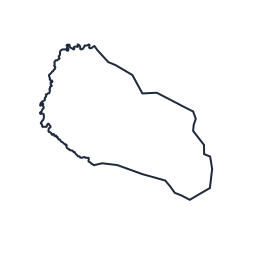 the district of Mogod, Bulgan, Mongolia, rotated 310°
{"feature_id": "93677404B32006231606780", "entity_name": "Mogod", "entity_type": "district", "adm_level": 2, "iso_a3": "MNG", "parent_name": "Mongolia", "parent_adm1": "Bulgan", "projection": "albers", "projection_center": [102.81, 48.255], "detail": "fine", "context": "isolated", "style": "outline", "palette": "slate", "viewbox_px": 256, "rotation_deg": 310, "n_neighbors": 0, "source": "geoboundaries", "source_scale": "gbopen_adm2", "svg_char_len": 5261}
<svg xmlns="http://www.w3.org/2000/svg" viewBox="0 0 256 256"><g transform="rotate(310 128 128)"><path d="M182.5,167.3L179.5,154.5L178.7,150.5L173.5,127.4L163.7,116.8L171.4,97.3L168.2,78.2L165.8,70.5L168.0,54.3L169.2,49.7L168.0,49.0L167.4,48.9L166.8,49.0L166.2,48.8L165.4,48.3L164.8,47.8L164.6,47.5L164.6,47.2L164.6,46.7L164.8,46.4L165.9,45.7L166.5,45.5L166.7,45.3L166.9,45.0L166.9,44.9L166.9,44.6L166.7,44.3L166.1,44.1L164.7,43.4L164.1,42.8L163.8,42.5L163.5,41.9L163.4,41.8L162.8,41.9L162.0,42.3L159.8,42.5L159.5,42.4L158.8,42.1L157.9,41.3L157.8,40.9L157.9,40.7L158.0,40.5L158.5,40.1L159.3,39.3L159.5,39.0L160.0,38.0L160.1,37.5L160.0,37.1L159.9,36.2L159.8,35.9L159.7,35.8L158.3,37.1L158.0,37.2L157.7,37.2L157.4,36.9L157.3,36.2L157.0,35.8L156.2,35.0L155.6,34.7L155.0,34.7L154.7,34.8L154.5,35.1L154.3,35.8L154.0,36.0L153.6,36.1L153.3,35.9L153.1,35.4L153.2,34.4L153.1,34.1L152.8,33.2L152.7,32.8L152.6,32.2L152.7,31.7L152.8,31.4L153.0,31.1L153.8,30.2L154.0,29.8L154.0,29.5L154.0,29.3L153.7,29.0L152.6,27.9L152.2,27.8L151.9,27.8L151.8,28.1L152.3,28.8L152.3,29.0L152.2,29.5L152.1,29.8L151.8,29.9L151.4,29.8L150.8,29.5L150.3,29.6L150.2,29.7L150.2,29.8L150.3,30.9L150.3,31.4L150.2,31.7L149.8,31.9L149.4,32.1L149.0,32.3L148.6,32.3L148.4,32.1L148.1,31.6L148.2,31.0L148.4,30.6L148.4,30.1L148.3,29.7L148.1,29.4L147.4,29.0L146.5,27.7L145.6,27.1L145.3,26.9L144.3,26.7L143.5,26.7L142.8,26.9L142.2,27.3L141.8,27.7L141.1,28.4L140.2,28.8L139.2,29.0L138.8,28.8L138.5,28.8L138.3,28.9L138.1,29.0L137.7,30.1L137.3,30.8L137.1,30.9L136.6,30.9L135.4,30.3L134.4,30.2L134.1,30.2L133.3,29.1L133.2,29.1L132.5,29.1L131.7,29.3L131.4,29.3L131.0,29.3L130.8,29.5L130.5,30.0L130.0,30.7L129.5,31.0L128.4,31.3L128.3,31.5L128.1,32.1L128.2,32.5L128.0,33.1L127.7,33.4L127.4,33.5L126.9,33.5L126.7,33.6L126.2,34.0L125.9,34.1L125.5,34.0L125.2,33.7L124.5,33.8L123.4,34.1L123.1,34.1L122.6,33.8L122.1,33.6L121.2,33.8L120.3,33.7L119.4,33.8L118.5,33.4L118.3,33.4L117.9,33.5L117.6,33.7L116.9,34.3L116.5,35.2L116.0,35.7L115.9,36.1L115.6,36.6L115.1,36.8L114.9,36.9L114.8,37.0L114.8,37.3L114.9,37.7L114.9,38.2L115.0,38.4L115.0,39.0L115.4,39.3L115.4,39.5L114.9,40.3L114.7,40.4L114.3,40.4L113.8,40.1L113.6,39.9L113.6,39.7L113.3,39.4L113.0,39.6L112.8,39.8L112.4,40.3L111.8,40.7L111.7,40.8L111.7,41.4L111.5,41.8L111.4,42.4L111.2,42.5L110.8,42.5L110.0,41.9L109.8,41.9L109.5,41.9L108.6,42.6L108.2,42.7L107.9,42.9L107.3,42.8L107.1,42.9L106.8,43.3L106.7,43.9L106.5,44.1L106.2,44.3L104.6,45.1L103.9,45.2L103.2,44.5L103.0,44.4L102.4,44.3L102.0,44.4L101.8,44.3L101.5,44.2L101.2,44.0L100.9,43.6L100.6,43.8L100.3,44.4L100.0,44.7L99.5,45.0L98.6,45.0L97.8,44.9L97.3,45.1L96.5,46.1L96.1,46.2L95.7,46.2L95.2,46.2L94.5,45.8L93.9,45.8L93.6,45.5L92.9,45.3L92.3,45.3L91.5,45.1L90.9,45.1L89.0,46.1L88.8,46.2L88.8,46.4L88.8,46.5L89.0,46.6L89.7,46.6L90.1,46.8L90.3,46.8L91.1,46.5L91.6,46.6L91.9,46.9L92.0,47.1L92.0,47.3L92.0,47.5L91.9,47.7L91.8,47.8L91.0,47.7L90.8,47.7L90.4,47.9L90.2,48.2L90.1,48.3L90.1,49.0L90.0,49.7L89.6,50.2L89.0,50.4L88.8,50.6L87.9,50.5L87.5,50.4L87.0,50.4L85.5,51.0L84.9,51.2L84.3,51.3L83.6,51.2L84.2,51.1L84.4,51.0L84.3,50.9L83.5,50.8L83.2,50.8L82.9,51.0L82.7,51.3L82.6,51.5L82.6,51.9L82.7,52.1L83.0,52.2L83.3,52.6L84.1,53.2L84.2,53.4L84.3,53.8L84.3,54.5L84.1,54.9L83.1,55.8L82.2,56.7L80.7,57.4L80.0,57.8L79.5,57.9L78.7,57.6L78.4,57.6L77.1,58.0L76.4,57.8L75.8,58.0L75.5,58.3L75.4,58.6L75.5,59.1L75.4,59.8L75.2,60.1L74.9,60.5L74.3,60.9L74.1,61.2L74.0,61.7L74.1,62.1L74.9,62.7L75.3,63.2L75.8,63.8L76.0,64.2L76.1,64.4L76.3,64.6L76.7,64.8L77.7,64.3L78.1,64.1L79.5,64.0L80.0,64.1L80.1,64.3L80.2,64.6L80.0,65.3L79.9,65.6L79.7,65.9L79.7,66.1L79.7,67.0L79.2,67.9L79.1,68.0L78.6,68.1L77.2,67.7L76.8,67.7L76.4,67.8L75.5,68.4L74.6,68.9L74.4,69.1L74.3,69.7L74.2,70.0L74.2,70.3L74.3,70.4L74.7,70.9L74.7,71.3L74.8,71.8L74.5,72.8L74.4,73.2L74.1,73.7L74.1,74.0L74.1,74.3L75.1,74.4L75.3,74.5L75.6,75.2L75.5,75.4L75.1,76.0L74.8,76.5L74.7,77.0L74.8,77.2L74.9,77.3L75.8,77.5L75.9,77.8L75.9,78.0L75.7,78.3L75.7,78.8L75.6,78.7L75.3,78.6L75.2,78.9L75.1,79.1L75.2,79.5L75.2,80.4L75.1,80.8L75.0,81.1L74.9,81.8L74.7,82.1L74.7,82.4L75.2,82.9L75.2,83.1L75.3,83.4L75.2,83.8L75.0,84.1L74.9,84.4L74.7,84.9L74.6,85.4L74.6,85.7L74.9,86.3L74.9,86.6L75.0,87.7L75.0,88.0L74.9,88.9L75.0,90.7L74.9,91.1L75.2,90.8L75.4,90.8L75.5,90.9L75.4,91.2L75.5,91.7L75.4,92.1L74.5,92.3L74.3,92.6L73.6,93.8L73.5,94.4L73.5,95.1L73.7,95.4L73.7,96.0L73.9,96.7L73.5,97.5L73.8,98.1L74.2,98.5L74.4,99.1L74.7,99.3L74.8,99.5L74.9,100.3L74.8,100.7L74.8,101.1L74.6,101.7L74.7,101.9L75.0,102.0L75.2,102.4L74.8,102.7L74.8,102.9L74.9,103.5L74.7,104.2L74.6,104.8L74.5,105.1L74.5,106.6L74.2,107.4L74.2,107.7L74.2,107.9L74.9,108.8L75.1,109.1L75.1,109.5L74.7,110.2L75.0,111.1L75.4,111.7L75.6,111.9L76.1,112.2L77.1,112.7L77.3,112.8L77.6,113.1L77.7,113.3L77.8,113.6L77.8,114.5L78.7,115.4L79.1,116.2L79.6,116.7L79.7,116.9L79.7,117.2L79.4,117.5L78.5,118.3L77.3,118.9L77.1,119.3L77.0,119.6L77.1,119.9L77.3,120.8L77.3,121.3L77.4,121.7L77.3,122.1L77.1,122.7L77.1,122.8L77.4,123.4L77.5,124.2L77.6,125.8L84.4,130.9L92.7,143.6L101.9,168.7L111.7,190.3L111.3,192.4L110.5,197.2L108.4,205.6L110.6,212.0L112.7,221.5L118.2,223.4L134.7,229.3L150.7,218.8L158.9,209.3L156.9,203.1L163.9,197.1L167.6,179.8L172.5,176.4L178.6,174.0L182.5,167.3Z" fill="none" stroke="#1e293b" stroke-width="2"/></g></svg>